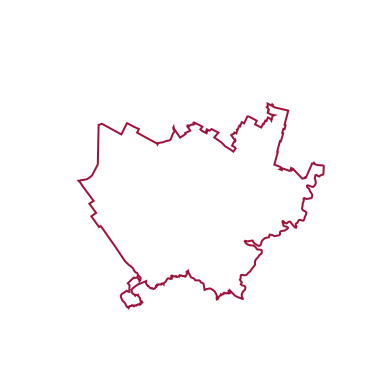 outline of Santiago Sochiapan, Veracruz, Mexico, rotated 317°
{"feature_id": "50627088B82277071409559", "entity_name": "Santiago Sochiapan", "entity_type": "district", "adm_level": 2, "iso_a3": "MEX", "parent_name": "Mexico", "parent_adm1": "Veracruz", "projection": "robinson", "projection_center": [-95.662, 17.635], "detail": "fine", "context": "isolated", "style": "outline", "palette": "rose", "viewbox_px": 384, "rotation_deg": 317, "n_neighbors": 0, "source": "geoboundaries", "source_scale": "gbopen_adm2", "svg_char_len": 6056}
<svg xmlns="http://www.w3.org/2000/svg" viewBox="0 0 384 384"><g transform="rotate(317 192 192)"><path d="M301.9,253.8L301.3,253.6L300.7,254.0L300.7,253.6L299.2,253.6L299.1,253.1L285.9,258.9L285.5,258.5L284.5,258.4L284.3,259.0L281.8,257.5L281.6,244.6L280.7,244.4L281.7,244.0L280.9,242.0L279.2,243.2L277.7,243.0L274.3,236.4L272.6,237.3L271.7,235.3L273.4,235.8L273.8,234.1L270.9,228.1L282.0,221.3L281.7,220.7L291.0,214.8L291.4,215.6L298.7,211.3L298.2,210.4L301.9,208.1L302.5,209.2L305.9,207.1L305.4,206.1L317.9,198.1L310.3,186.7L309.4,184.3L310.4,183.8L310.4,182.5L309.4,182.6L308.8,182.3L307.6,178.9L305.5,181.3L304.6,181.0L304.4,184.2L303.1,184.9L302.9,184.6L301.4,185.7L302.6,189.1L303.5,190.9L303.7,190.7L304.6,192.0L302.9,191.3L298.9,193.8L299.3,192.5L298.4,189.3L294.8,190.9L294.4,189.8L290.6,191.3L290.4,190.7L286.6,192.0L284.3,185.6L288.0,184.0L285.1,175.7L284.0,174.5L277.0,177.4L276.1,174.9L272.9,176.2L272.1,176.8L271.8,175.8L268.6,177.2L267.7,177.1L267.8,177.5L264.3,179.3L263.6,177.4L262.3,177.9L259.8,177.0L259.4,177.2L259.2,179.5L259.0,180.1L258.8,182.9L259.3,183.0L258.9,184.0L258.0,184.5L257.1,184.0L256.4,184.1L252.9,185.4L253.8,188.3L253.7,189.9L249.7,190.6L249.2,187.6L247.4,181.0L247.4,176.2L245.5,167.3L251.8,166.6L249.2,159.3L246.6,159.1L245.6,156.3L244.7,156.7L245.3,156.9L244.3,158.2L243.8,158.2L242.7,158.9L240.9,153.9L240.8,151.9L244.1,151.4L243.1,148.2L240.8,142.4L240.2,142.4L239.8,143.9L238.6,143.4L237.4,142.2L234.9,141.9L235.1,141.2L234.4,140.5L233.6,142.2L233.2,141.6L232.6,146.0L227.2,144.2L226.8,145.2L220.4,144.1L222.0,133.3L222.9,131.9L222.0,132.3L221.2,133.6L220.9,135.7L217.8,136.3L212.5,138.9L211.6,139.0L210.3,138.7L208.1,137.2L204.6,135.8L201.4,133.6L200.2,133.5L200.2,133.1L199.4,133.4L199.8,132.6L199.2,132.0L192.3,111.1L196.1,109.7L194.1,104.9L191.4,97.3L179.6,101.7L172.6,80.6L171.3,80.2L169.5,79.2L142.1,107.4L141.1,107.9L130.2,111.7L128.3,111.7L123.8,111.0L118.5,107.4L118.0,107.4L116.7,106.4L116.7,109.3L115.9,113.5L114.0,131.4L109.0,130.5L107.6,141.9L101.8,141.1L100.1,154.3L102.0,154.6L101.6,158.3L98.6,179.6L95.8,197.0L96.1,202.6L96.6,204.7L96.8,206.8L96.6,208.5L96.0,209.9L95.9,212.3L96.5,213.3L96.6,214.2L96.1,215.6L95.3,216.1L95.5,217.1L96.0,217.7L95.8,219.9L94.1,221.2L92.8,221.4L93.2,220.7L93.9,217.1L92.4,216.5L91.2,215.0L90.5,215.3L90.1,214.8L82.8,215.0L82.8,217.5L78.0,222.2L77.3,221.3L76.8,219.7L70.6,218.7L68.8,219.8L68.1,221.0L67.1,223.8L67.2,227.7L66.2,230.7L66.1,232.2L66.9,232.3L67.5,232.8L67.1,233.5L68.7,233.0L69.9,233.9L71.0,233.9L71.7,234.9L71.3,235.6L71.4,235.8L71.8,235.5L72.1,236.0L72.7,235.9L74.0,237.2L74.3,237.2L74.5,236.9L75.3,237.3L75.8,237.3L76.3,238.1L77.1,238.1L76.8,238.6L77.2,239.0L78.0,238.9L78.9,238.3L79.0,238.9L80.0,238.6L80.4,238.8L80.7,237.6L80.1,236.4L81.6,234.0L81.8,231.8L82.5,230.5L81.6,230.4L81.1,229.2L80.6,228.9L79.7,229.1L79.8,227.5L79.7,226.6L79.3,226.1L79.5,224.2L79.9,224.0L81.1,222.2L84.2,222.1L89.0,222.6L97.7,225.9L96.2,227.1L96.0,227.7L95.7,229.4L95.9,229.5L95.9,230.6L95.6,230.9L95.9,231.2L96.1,231.8L95.9,233.9L96.9,234.7L96.9,235.1L97.3,235.1L97.6,236.6L99.2,237.2L99.7,236.9L100.7,237.0L101.1,236.6L101.3,236.9L101.5,236.8L101.8,236.1L102.7,236.5L103.2,236.0L103.5,236.3L103.5,236.7L104.2,236.5L106.4,238.7L106.9,238.6L107.0,238.3L107.6,238.4L107.9,239.2L108.3,239.2L108.3,240.2L109.2,239.4L111.3,239.7L114.0,238.8L115.3,238.8L115.7,238.9L116.8,240.5L117.5,240.4L117.5,240.9L117.1,240.9L117.2,241.1L117.9,241.6L118.8,240.7L119.3,239.8L119.6,239.7L119.8,239.1L120.2,239.2L120.5,239.7L120.0,240.2L120.4,240.3L120.3,240.9L121.0,241.0L121.4,241.6L123.0,242.6L122.9,242.9L122.6,242.8L122.5,243.2L123.3,244.3L125.0,244.5L125.2,245.2L126.4,244.6L127.1,245.8L127.5,246.0L127.6,246.8L129.0,248.1L129.1,249.1L129.5,249.4L131.7,248.8L131.9,248.4L132.9,248.3L133.5,246.9L133.9,247.1L134.2,246.8L135.4,246.9L134.5,248.4L133.1,253.7L134.5,257.0L134.2,258.4L134.4,259.1L137.1,261.7L137.2,262.7L136.8,264.1L137.7,265.7L137.8,267.1L134.4,272.2L136.5,272.9L139.5,274.9L140.4,277.4L140.8,280.4L139.7,284.2L139.2,285.1L137.9,286.0L136.9,287.5L138.0,287.9L140.2,286.9L141.6,286.9L142.6,287.3L143.4,286.5L144.1,287.6L145.3,288.2L146.1,287.4L146.9,287.6L147.6,289.4L148.7,289.7L149.5,291.2L150.7,291.7L151.0,290.9L151.3,290.8L150.9,289.9L151.2,289.3L151.8,289.3L152.0,290.0L152.6,289.7L152.7,297.0L153.9,300.3L156.0,304.6L156.4,304.8L157.0,302.6L158.4,300.9L161.1,299.6L164.1,299.6L165.7,298.5L166.3,297.5L166.3,296.3L164.9,294.3L164.8,292.7L166.7,292.2L167.2,288.8L168.4,288.5L170.7,286.3L171.2,286.2L172.6,287.2L173.1,288.3L174.8,289.6L175.8,289.8L178.0,289.5L180.2,289.8L183.9,288.9L187.8,288.4L188.9,287.8L190.5,285.8L192.3,285.0L196.7,284.6L197.9,284.1L200.5,284.4L201.7,284.0L203.2,282.2L203.2,281.6L201.9,279.9L200.5,278.6L200.9,275.4L200.4,273.0L198.1,270.6L196.8,268.3L196.5,266.0L197.0,264.0L197.7,264.0L198.8,265.9L203.0,268.6L203.1,269.3L202.7,270.0L202.6,271.2L202.8,273.3L203.9,276.7L204.6,277.3L205.5,277.6L206.5,277.4L209.7,275.5L211.3,275.3L214.1,275.5L217.2,277.5L218.2,277.3L219.2,276.3L219.8,276.1L221.2,278.0L222.2,280.5L225.9,282.9L227.4,283.0L228.8,281.5L229.6,281.2L230.9,281.6L233.4,283.4L236.8,284.0L237.8,283.7L237.9,283.2L237.6,282.1L236.1,279.8L236.0,279.0L237.8,275.6L238.4,275.1L238.9,275.6L238.9,278.4L239.7,279.5L242.4,279.7L243.3,280.3L243.6,281.0L243.2,283.8L243.1,287.5L243.4,288.7L243.8,289.1L244.9,288.5L245.4,286.8L246.0,286.1L246.7,286.0L248.0,286.4L249.8,285.7L251.2,285.5L252.0,286.0L253.6,288.7L254.6,288.8L256.1,288.2L257.2,287.3L260.0,286.2L261.6,285.1L261.7,283.7L260.7,281.1L261.0,279.3L263.6,277.4L264.7,276.2L268.2,274.3L269.1,272.9L270.0,273.0L270.5,274.4L271.0,275.2L274.6,277.6L275.6,277.8L277.1,277.0L277.9,276.2L278.5,274.5L278.8,272.0L279.9,269.3L279.5,267.3L279.8,266.4L280.4,265.8L281.3,266.1L283.5,270.4L284.2,270.9L285.4,271.0L286.9,270.7L288.7,269.8L290.0,268.0L291.1,265.7L293.8,263.9L294.5,264.2L294.8,264.5L294.8,265.6L295.7,267.5L297.2,267.4L299.7,268.6L300.7,268.2L306.1,262.8L305.9,261.9L302.6,258.4L300.9,255.7L300.9,254.5L301.2,253.9L301.9,253.8Z" fill="none" stroke="#9f1239" stroke-width="2"/></g></svg>